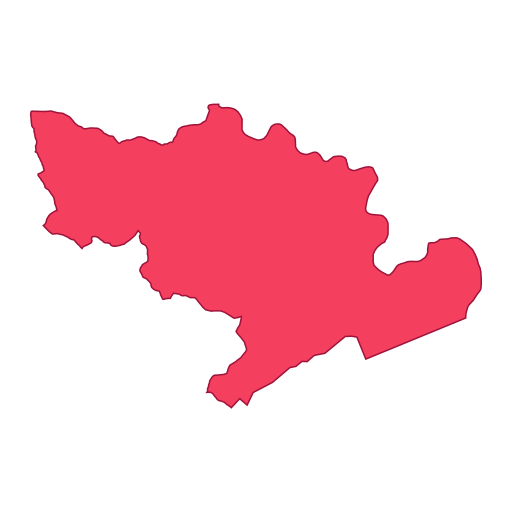 Tading, Samchi, Bhutan (orthographic projection)
{"feature_id": "84629894B93627988982150", "entity_name": "Tading", "entity_type": "district", "adm_level": 2, "iso_a3": "BTN", "parent_name": "Bhutan", "parent_adm1": "Samchi", "projection": "orthographic", "projection_center": [89.262, 26.881], "detail": "fine", "context": "isolated", "style": "filled", "palette": "rose", "viewbox_px": 512, "rotation_deg": 0, "n_neighbors": 0, "source": "geoboundaries", "source_scale": "gbopen_adm2", "svg_char_len": 6014}
<svg xmlns="http://www.w3.org/2000/svg" viewBox="0 0 512 512"><path d="M35.3,151.8L36.7,152.6L37.4,153.3L38.8,156.9L39.8,158.4L40.3,159.9L40.9,161.0L42.0,163.2L42.3,164.9L43.1,165.9L43.5,168.2L44.1,169.8L43.9,171.0L42.8,171.5L40.9,173.0L38.2,173.9L38.1,175.4L40.4,178.4L41.5,180.3L43.2,182.3L44.8,185.6L45.0,187.3L46.5,188.7L48.3,189.6L50.3,192.4L51.1,193.7L52.7,195.8L53.7,197.4L54.4,200.1L55.0,204.2L56.0,206.4L56.6,208.9L57.1,210.5L55.2,211.0L52.1,212.9L50.6,213.9L49.2,215.2L47.4,218.0L46.8,219.2L46.3,221.2L45.8,222.8L45.2,223.9L43.3,225.6L49.0,231.4L50.2,232.4L52.2,233.9L53.0,234.0L54.6,233.9L55.6,233.8L57.3,233.6L59.3,234.1L60.8,234.5L62.7,234.8L65.9,236.3L67.5,237.0L70.0,238.7L72.4,239.7L73.3,239.5L74.7,240.6L75.5,241.7L77.9,244.4L79.3,245.3L80.5,247.1L82.1,248.5L82.9,247.0L84.2,246.2L85.3,245.8L87.5,244.9L89.6,243.7L91.3,242.6L92.0,240.8L91.5,239.0L91.8,237.5L92.5,236.7L95.1,236.5L97.3,237.0L99.2,238.3L100.4,239.5L101.8,240.4L102.9,241.0L103.4,241.9L104.4,242.5L105.8,242.9L106.8,242.8L110.0,243.4L110.4,244.7L111.5,245.5L112.2,245.9L113.5,246.2L115.1,246.3L120.3,245.3L121.2,244.8L122.4,244.6L124.4,244.0L125.8,242.7L129.4,240.3L133.7,236.5L135.3,234.9L138.1,230.6L140.4,233.3L140.4,234.5L139.5,235.9L139.6,237.4L140.3,239.6L140.5,241.2L141.3,242.6L141.8,243.3L143.2,244.2L144.3,244.6L146.0,246.0L146.9,247.8L147.6,249.6L147.4,254.3L147.9,255.6L148.1,258.4L147.9,260.3L147.7,261.4L146.1,262.5L144.4,263.4L142.4,264.7L141.7,266.1L140.4,267.9L139.8,270.7L141.3,273.5L142.4,275.5L142.6,276.6L143.5,277.5L145.9,278.4L147.4,279.8L149.3,281.6L150.2,282.8L151.0,284.0L151.0,285.6L151.7,287.4L153.4,289.0L155.2,290.1L156.7,290.7L159.1,291.0L159.9,292.4L160.5,294.4L161.2,296.1L162.7,299.2L164.1,299.2L165.5,298.8L168.3,298.4L170.3,298.4L171.8,295.6L173.5,293.3L179.5,294.2L181.0,295.3L182.6,295.8L185.6,295.5L190.7,297.7L194.6,297.6L196.4,299.1L198.8,302.3L201.9,305.9L202.8,307.3L205.7,309.8L211.0,311.1L215.5,310.8L220.7,310.9L224.6,312.3L228.7,314.8L234.0,318.2L237.0,317.8L241.3,316.5L241.3,317.9L240.3,322.6L239.7,325.0L237.7,328.1L236.1,331.5L237.8,334.0L240.9,337.5L242.9,340.1L244.3,341.8L244.9,343.9L246.2,347.8L246.5,348.9L246.5,350.0L245.6,351.7L243.9,353.8L240.8,357.7L237.4,360.2L235.7,361.7L230.1,365.0L228.8,367.2L228.2,368.9L227.1,372.7L226.3,373.6L223.8,374.4L217.6,375.1L215.6,375.1L213.7,375.5L212.0,377.2L209.7,380.8L209.5,382.4L208.6,385.1L208.5,386.4L208.1,387.5L207.5,388.7L207.7,391.0L206.8,392.4L207.9,392.3L210.6,392.3L212.8,393.6L214.1,395.5L216.1,397.9L217.5,399.7L218.9,400.6L221.6,401.2L224.2,402.2L227.0,404.6L229.5,406.2L231.4,407.7L232.7,406.1L233.8,405.1L238.9,399.5L239.7,398.7L247.1,405.1L253.2,392.5L272.5,382.4L289.9,367.6L295.9,366.4L302.0,361.4L307.2,361.6L314.2,355.4L324.9,353.3L345.2,336.5L351.5,336.2L356.9,337.1L365.8,359.1L465.7,318.0L465.9,313.7L467.6,307.3L468.9,305.0L473.3,300.3L477.0,294.5L479.8,290.9L480.8,289.2L481.3,283.8L481.2,278.3L480.8,271.7L480.0,267.9L478.3,264.0L477.2,259.4L475.3,254.8L472.5,249.5L466.2,243.6L459.9,239.1L457.1,237.9L455.7,237.8L450.8,238.0L449.4,238.5L447.6,238.8L446.0,239.0L441.9,239.2L439.8,239.4L437.7,241.2L434.8,242.6L429.4,242.9L428.7,243.3L428.4,244.4L427.8,248.1L427.6,251.2L427.7,252.5L426.6,255.2L426.0,256.0L425.1,257.5L420.1,260.9L417.4,261.5L409.8,261.4L407.1,261.8L404.6,262.8L401.0,263.8L398.3,264.9L396.7,266.3L393.1,271.7L390.0,274.7L388.7,275.1L387.2,274.9L382.1,272.2L379.5,270.5L377.0,268.4L374.1,265.4L373.2,262.1L373.2,254.4L374.7,250.8L376.6,248.0L377.6,246.9L381.5,243.6L384.6,242.1L385.5,240.1L386.9,237.9L388.0,234.4L388.1,226.4L387.9,222.8L386.2,219.1L383.4,216.2L381.3,215.3L376.7,214.9L372.3,214.5L370.0,214.1L367.7,212.9L366.2,211.4L365.6,208.9L365.7,207.6L367.1,200.4L368.5,195.8L369.7,193.8L373.5,187.0L376.0,182.8L377.5,180.7L377.7,179.5L377.4,177.2L374.9,172.5L373.4,169.2L372.5,167.7L370.4,167.0L368.3,166.8L364.8,167.3L359.9,168.8L355.2,170.5L353.1,170.5L352.0,170.2L349.4,169.1L348.4,168.1L347.8,166.7L347.2,163.6L346.5,161.7L346.2,159.7L345.2,158.1L344.4,157.5L342.2,156.5L341.0,156.2L338.6,156.1L334.6,156.5L333.3,156.9L329.6,159.6L327.9,161.1L326.1,161.4L325.0,161.4L323.1,160.2L321.3,157.2L319.8,154.9L317.2,152.6L315.2,152.2L313.5,152.3L307.6,154.4L304.5,154.3L300.5,153.0L297.8,150.7L295.6,147.1L295.3,139.1L294.5,136.7L293.3,135.4L290.5,133.7L288.8,132.2L286.4,129.5L281.2,124.7L279.3,124.0L276.9,124.0L274.4,124.4L271.8,126.1L270.8,127.3L266.8,135.4L263.8,138.6L261.0,139.7L258.0,140.1L254.8,139.1L248.5,136.5L245.0,134.4L243.4,132.4L242.0,129.9L242.1,119.1L240.5,115.5L237.9,111.8L235.1,109.5L232.2,108.4L230.0,107.9L227.1,107.6L222.3,107.9L219.9,106.9L218.7,105.7L218.7,104.3L212.6,104.4L210.2,104.8L208.6,105.5L208.0,107.4L208.5,108.7L209.3,109.6L209.4,110.9L208.7,112.7L205.8,120.8L203.1,122.1L200.9,123.9L199.5,124.4L196.2,124.9L194.9,124.7L191.7,125.0L188.7,125.4L186.1,126.1L184.3,126.3L182.8,126.7L180.9,127.5L178.7,129.2L177.5,131.7L177.1,133.3L176.8,134.7L175.9,136.2L174.1,138.3L173.5,139.4L173.3,140.2L173.1,141.5L172.0,142.3L170.4,142.2L168.7,143.0L168.0,143.6L165.5,144.1L164.0,144.1L163.2,145.0L160.9,144.9L160.0,144.0L158.8,143.7L157.5,143.1L156.2,141.9L154.4,141.3L153.4,141.1L152.2,140.6L151.2,140.6L149.9,140.7L144.6,137.9L143.1,137.4L142.0,137.2L141.2,136.9L139.3,136.9L137.3,137.1L135.7,138.0L133.7,138.9L132.2,139.3L131.3,139.8L130.3,140.1L127.4,140.0L126.1,140.2L124.9,140.8L123.7,141.0L121.8,141.6L120.4,142.8L119.1,143.4L117.9,142.5L115.3,139.4L113.1,136.4L111.7,136.1L109.7,136.0L107.7,135.1L105.8,134.0L104.1,133.3L103.2,132.2L101.2,130.2L97.8,128.3L92.2,128.0L90.2,128.0L87.3,128.5L85.0,128.8L83.1,128.4L81.5,126.9L78.0,125.8L75.1,123.4L70.3,117.6L69.0,116.6L63.0,113.4L61.0,113.1L57.8,112.8L54.2,111.9L51.9,111.2L50.3,111.0L48.3,111.3L43.6,111.5L37.3,111.3L34.2,111.3L32.5,111.1L31.3,111.4L30.9,112.5L30.7,114.6L31.0,117.2L31.3,122.0L31.6,124.3L31.9,126.0L32.7,127.3L34.0,128.7L34.0,131.4L34.8,134.6L35.3,137.8L36.5,140.5L36.7,141.4L36.5,143.9L35.5,146.4L35.9,148.5L36.0,150.9L35.3,151.8Z" fill="#f43f5e" stroke="#9f1239" stroke-width="1.5"/></svg>